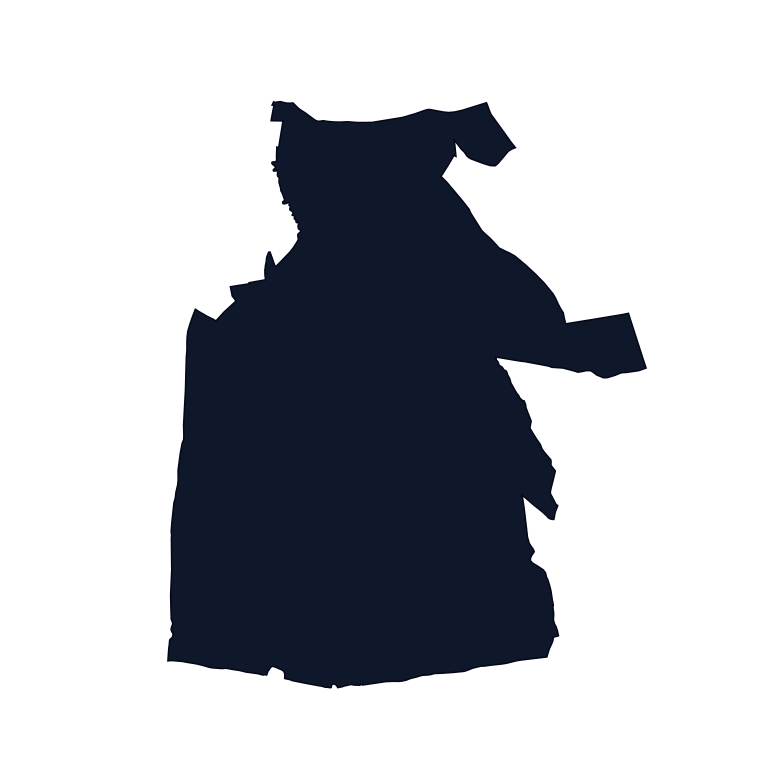 Hartop, Suceava, Romania (Mercator projection), rotated 170°
{"feature_id": "2599482B8879498815778", "entity_name": "Hartop", "entity_type": "district", "adm_level": 2, "iso_a3": "ROU", "parent_name": "Romania", "parent_adm1": "Suceava", "projection": "mercator", "projection_center": [26.364, 47.48], "detail": "fine", "context": "isolated", "style": "filled", "palette": "ink", "viewbox_px": 768, "rotation_deg": 170, "n_neighbors": 0, "source": "geoboundaries", "source_scale": "gbopen_adm2", "svg_char_len": 6080}
<svg xmlns="http://www.w3.org/2000/svg" viewBox="0 0 768 768"><g transform="rotate(170 384 384)"><path d="M234.3,643.2L246.7,641.6L259.1,640.0L266.9,639.6L272.9,640.1L277.5,641.3L291.6,646.5L294.1,646.7L298.3,646.1L306.8,644.7L319.5,643.3L328.3,643.4L350.4,643.7L354.6,644.4L364.1,646.0L374.4,648.6L381.4,649.5L388.0,650.8L394.2,652.5L398.2,653.9L400.7,653.9L403.0,654.1L405.0,655.0L406.9,656.7L414.6,664.8L419.4,669.2L421.5,671.9L424.8,676.6L428.0,676.9L430.7,677.4L434.2,678.8L436.9,680.1L439.6,680.2L442.1,680.2L443.7,681.1L445.8,678.1L444.0,677.5L446.5,671.0L449.5,662.9L437.8,660.6L446.8,634.8L448.4,636.0L449.6,630.3L450.5,626.0L450.9,622.3L452.6,621.9L455.6,621.9L456.1,621.3L456.0,620.3L455.1,619.0L453.8,617.7L453.4,616.2L453.5,615.5L454.0,615.2L455.5,614.5L456.0,613.7L455.7,612.9L454.8,612.6L453.7,612.7L452.3,613.0L452.2,612.5L452.0,611.1L452.4,609.6L452.7,608.4L452.6,607.0L451.7,605.9L451.4,604.7L452.0,602.9L452.4,600.2L452.0,596.8L451.8,594.1L452.0,592.2L451.2,590.2L450.6,587.2L449.9,582.1L450.5,581.7L451.3,581.5L452.1,581.0L452.3,580.0L452.2,579.2L451.7,578.9L450.8,578.7L449.0,578.8L446.4,579.4L445.9,579.0L445.9,577.9L446.2,577.5L446.5,576.6L445.9,575.9L445.7,575.3L445.6,574.1L445.9,573.7L446.4,572.8L446.4,571.7L445.2,570.7L444.3,569.4L443.7,568.0L443.9,567.4L445.1,566.6L445.1,566.1L443.7,565.3L442.8,564.8L442.8,564.1L443.6,563.0L443.6,562.2L442.8,561.5L442.4,560.6L442.4,558.6L442.0,558.1L441.3,558.1L440.1,558.6L439.9,558.0L440.5,556.7L440.7,555.7L441.3,554.3L441.4,552.7L441.1,551.4L439.7,550.2L439.5,549.4L439.7,548.6L440.4,547.9L441.9,547.1L442.9,546.2L443.2,544.8L443.2,541.8L443.5,540.8L445.7,538.2L450.2,533.4L453.7,530.3L465.1,522.0L469.6,518.8L470.4,518.7L470.7,519.1L471.0,519.9L472.9,531.2L473.3,533.7L474.3,534.0L475.0,533.4L477.3,529.6L478.0,527.6L478.7,525.0L480.3,521.0L481.0,518.3L481.5,517.1L482.3,512.2L482.6,507.3L485.2,507.2L499.2,507.2L500.6,506.1L518.4,506.5L518.2,497.0L515.3,491.5L517.2,490.2L528.7,482.9L538.6,475.3L540.8,477.3L546.0,481.1L550.0,484.4L553.6,487.4L556.8,490.4L561.7,482.2L565.1,476.0L568.0,470.1L569.8,464.2L570.8,459.6L572.2,451.6L574.0,444.8L576.3,433.6L580.6,412.5L583.9,398.4L588.6,378.0L589.0,375.1L590.1,367.9L590.9,364.1L593.0,360.8L596.5,351.6L601.8,334.8L603.4,325.2L604.7,320.5L607.7,313.5L609.3,308.0L611.5,303.5L617.1,284.0L619.2,275.7L619.4,272.4L620.3,268.3L625.3,238.0L630.8,213.2L633.2,197.4L634.4,189.2L633.9,187.3L633.7,184.9L634.1,183.7L635.6,181.2L636.3,179.2L636.3,178.1L635.6,176.0L635.2,174.2L635.7,172.7L636.8,171.0L639.0,169.7L639.7,168.6L640.6,165.0L641.9,161.0L644.9,148.8L643.5,148.8L640.2,148.3L630.5,145.7L626.9,144.3L617.7,141.1L611.9,138.6L608.8,137.1L605.8,135.6L602.8,134.4L598.9,133.4L593.1,131.9L591.0,131.7L588.9,131.5L582.1,129.0L576.1,127.0L569.7,124.2L560.6,121.3L557.7,120.3L554.1,118.5L551.6,118.3L550.1,117.8L549.4,118.9L548.1,121.3L545.6,123.8L544.1,125.1L542.8,125.3L541.2,124.6L539.3,123.5L537.4,122.2L534.6,120.4L532.9,118.8L532.4,117.5L532.1,116.1L532.3,114.2L533.0,111.2L528.0,109.2L525.8,107.8L510.9,102.0L500.7,98.2L497.9,97.3L495.0,95.8L492.7,95.2L489.6,94.2L488.7,94.3L488.2,95.7L487.8,96.4L487.0,97.3L485.9,97.4L484.7,96.9L483.8,96.3L483.0,94.9L482.2,93.0L477.8,93.1L475.4,93.5L468.8,93.8L465.3,92.6L459.9,91.5L459.4,92.5L458.0,92.2L457.7,91.3L455.1,91.2L441.4,90.8L433.9,90.6L431.1,90.2L426.5,89.6L423.4,89.0L420.6,88.5L417.3,88.3L413.5,88.5L409.0,89.4L403.0,89.8L397.1,90.5L391.9,89.9L389.1,89.7L384.5,90.1L377.1,89.1L365.8,87.9L354.9,87.1L351.4,87.6L346.3,88.7L342.9,89.0L337.5,89.3L334.3,88.8L327.2,88.5L317.0,87.8L311.9,87.7L302.0,88.4L297.3,88.4L281.5,87.5L271.0,86.9L269.6,89.8L267.3,94.3L265.5,96.8L262.5,101.4L261.6,103.7L261.3,105.2L255.9,105.7L256.1,110.9L256.7,115.2L257.6,117.6L258.0,120.4L258.1,122.6L257.2,126.0L256.7,128.8L256.4,134.9L255.6,136.9L255.7,138.9L255.6,140.8L255.8,141.1L255.8,141.4L255.6,146.7L255.5,151.4L255.9,157.0L256.7,163.1L257.3,164.6L257.6,166.7L257.6,168.4L257.8,170.3L259.6,173.5L263.6,177.3L268.9,182.0L270.5,184.7L270.1,186.8L268.3,189.5L265.2,192.7L265.6,195.1L267.7,199.5L268.9,202.7L268.8,204.2L269.3,207.9L268.5,220.7L267.6,236.7L267.2,250.6L256.4,237.4L253.6,234.4L249.9,230.1L246.5,225.6L245.4,223.6L244.6,222.9L243.0,221.9L240.8,221.2L240.3,221.1L239.3,223.4L238.2,226.7L236.9,229.3L234.3,233.4L234.0,234.2L235.5,235.5L236.6,239.1L238.1,243.9L239.1,246.8L239.0,248.5L238.4,250.2L237.5,252.4L232.9,262.7L231.5,266.1L230.5,268.1L230.4,268.5L230.4,268.8L232.0,271.6L233.5,274.6L233.6,275.5L233.0,278.2L232.8,280.2L236.8,287.0L238.2,289.5L239.7,292.7L240.0,294.6L240.4,296.6L241.0,298.4L243.1,302.8L245.5,308.6L248.0,315.3L245.5,321.9L247.6,332.3L248.3,336.2L248.1,339.1L248.9,343.0L250.8,344.0L253.0,347.3L253.3,349.1L255.1,352.3L256.5,356.1L257.2,358.4L258.8,362.7L259.3,367.6L260.5,371.0L261.2,375.4L263.5,377.2L264.7,380.1L267.3,382.4L267.9,386.0L269.3,388.4L268.8,391.0L255.0,386.1L250.2,384.4L244.0,382.3L241.7,381.7L234.8,379.1L224.1,375.1L219.2,373.2L216.6,371.9L216.3,371.4L214.2,370.9L205.2,368.7L198.5,365.7L193.5,363.3L191.3,362.1L190.2,361.9L186.3,361.9L182.6,362.0L179.3,361.5L178.1,361.2L175.4,358.6L172.7,355.7L169.8,354.0L166.8,352.0L162.9,351.5L156.8,352.2L154.6,352.5L149.9,353.6L147.1,353.8L143.7,353.3L130.7,352.9L123.1,354.2L124.6,364.4L131.0,411.2L137.0,411.0L166.8,411.3L194.6,411.7L195.0,416.7L195.1,423.0L197.0,427.7L198.5,432.2L199.7,437.1L201.7,443.1L208.9,455.9L215.7,465.8L223.8,476.5L233.0,487.4L237.8,491.3L242.7,494.7L247.2,498.1L249.1,501.3L253.8,508.5L259.7,516.1L261.3,518.6L267.8,534.5L268.9,537.3L269.6,539.9L269.7,541.0L274.3,549.6L276.2,553.0L278.7,557.3L287.1,571.8L291.8,578.5L290.9,579.5L289.1,581.4L282.2,589.0L279.8,591.8L275.8,596.5L275.4,597.0L273.6,595.6L272.4,611.7L271.3,610.0L270.0,607.5L267.3,602.1L264.7,598.5L262.6,593.9L260.8,591.9L259.2,590.6L256.0,588.7L251.8,586.2L245.8,582.8L241.3,580.6L237.7,579.8L236.5,579.6L233.3,581.5L225.8,587.7L221.4,591.5L217.3,593.2L213.5,593.9L216.9,600.1L224.8,616.6L228.7,624.6L230.3,627.9L231.9,631.1L232.6,634.6L233.3,638.2L233.5,639.7L233.7,641.0L234.3,643.2Z" fill="#0f172a" stroke="#020617" stroke-width="1.5"/></g></svg>